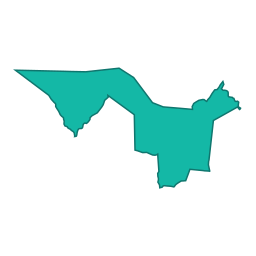 outline of La Croix Maingot, Anse-la-Raye, Saint Lucia
{"feature_id": "8701671B12954312315710", "entity_name": "La Croix Maingot", "entity_type": "district", "adm_level": 2, "iso_a3": "LCA", "parent_name": "Saint Lucia", "parent_adm1": "Anse-la-Raye", "projection": "albers", "projection_center": [-61.005, 13.965], "detail": "fine", "context": "isolated", "style": "filled", "palette": "teal", "viewbox_px": 256, "rotation_deg": 0, "n_neighbors": 0, "source": "geoboundaries", "source_scale": "gbopen_adm2", "svg_char_len": 2178}
<svg xmlns="http://www.w3.org/2000/svg" viewBox="0 0 256 256"><path d="M15.4,70.2L48.8,95.3L51.2,99.2L54.0,102.3L55.0,103.2L55.7,104.1L55.7,106.6L57.3,109.2L58.2,110.5L59.0,111.9L60.2,114.6L61.6,116.2L63.4,117.6L63.7,119.8L64.2,120.8L64.0,124.0L64.9,125.9L67.2,126.7L68.0,128.0L69.5,128.9L70.5,129.3L71.2,130.3L73.1,131.5L74.1,132.6L74.8,136.4L74.7,136.6L74.9,136.6L75.0,136.5L76.4,136.1L76.6,135.5L76.8,134.7L76.9,134.1L77.1,132.6L77.5,131.2L78.1,129.6L78.8,128.8L79.7,128.6L80.3,128.5L81.1,128.6L81.6,128.4L82.4,127.9L82.7,127.0L82.9,126.0L83.1,124.8L83.5,124.1L84.0,123.5L84.7,123.1L85.6,123.2L86.5,123.4L87.0,123.0L87.8,122.3L88.6,121.4L89.5,120.1L89.9,119.6L90.0,118.7L90.1,117.6L92.2,115.6L97.3,112.8L101.7,107.1L103.2,104.7L104.7,100.3L108.1,97.3L107.9,95.4L134.3,114.7L135.0,150.1L137.6,150.8L139.3,151.4L142.7,152.6L146.8,152.4L148.7,153.3L152.6,155.0L155.0,155.2L156.4,154.9L157.7,154.1L158.9,171.5L158.7,171.8L157.7,173.4L157.9,176.5L158.4,178.2L158.4,180.0L157.9,182.1L159.5,184.9L159.8,187.8L162.1,187.2L162.5,186.8L163.3,185.8L163.7,185.8L164.5,185.7L167.3,186.0L169.1,186.1L171.1,186.3L173.8,186.9L174.2,186.7L174.5,186.5L174.6,186.1L174.7,185.8L175.0,185.5L176.1,184.3L176.8,183.8L178.7,182.5L179.4,182.1L181.2,181.0L183.5,180.9L184.2,180.8L185.7,180.7L188.2,174.0L189.9,169.3L202.4,170.5L203.3,170.6L204.4,170.8L209.3,171.1L209.6,171.4L209.8,171.7L209.7,170.9L208.4,164.8L208.6,161.5L209.0,159.9L213.4,120.5L237.5,107.0L239.5,109.5L239.9,109.3L240.6,108.3L240.6,108.2L238.2,106.7L238.4,103.9L238.7,102.2L237.6,101.2L236.3,101.4L235.3,101.4L234.5,100.1L233.9,98.4L233.1,98.2L232.4,97.4L229.0,96.9L228.2,96.0L228.2,93.1L228.1,92.1L227.3,91.1L226.1,90.5L224.4,90.2L223.1,90.3L221.4,88.8L222.1,87.7L223.8,84.4L222.9,81.5L220.3,84.8L219.2,86.9L217.2,89.5L214.7,89.9L212.3,93.2L212.1,93.5L209.7,97.6L208.6,98.7L207.8,99.6L206.7,101.4L205.5,100.7L204.1,99.6L202.8,99.5L198.9,100.3L196.0,102.0L194.3,103.1L193.6,103.7L193.0,105.1L192.2,106.5L192.3,107.5L192.5,109.4L180.1,108.3L163.2,106.9L152.5,102.7L152.3,102.4L152.2,102.3L144.1,91.5L133.7,77.6L119.1,68.2L85.7,71.8L80.0,71.7L70.2,71.5L63.5,71.3L15.4,70.2Z" fill="#14b8a6" stroke="#0f766e" stroke-width="1.5"/></svg>